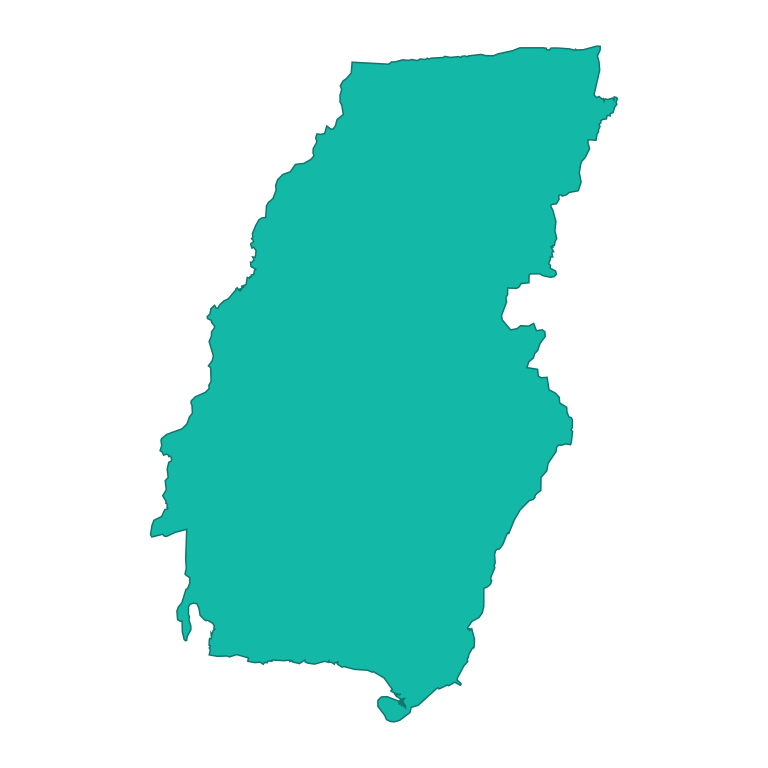 Pamekasan, Jawa Timur, Indonesia
{"feature_id": "22746128B37926964335633", "entity_name": "Pamekasan", "entity_type": "district", "adm_level": 2, "iso_a3": "IDN", "parent_name": "Indonesia", "parent_adm1": "Jawa Timur", "projection": "natural_earth1", "projection_center": [113.504, -7.071], "detail": "fine", "context": "isolated", "style": "filled", "palette": "teal", "viewbox_px": 768, "rotation_deg": 0, "n_neighbors": 0, "source": "geoboundaries", "source_scale": "gbopen_adm2", "svg_char_len": 6069}
<svg xmlns="http://www.w3.org/2000/svg" viewBox="0 0 768 768"><path d="M600.2,46.3L596.8,46.1L583.5,49.7L576.5,50.0L575.5,49.2L574.7,50.3L569.7,48.9L557.6,48.0L551.3,48.0L549.0,50.1L546.6,49.7L546.2,48.2L543.0,47.8L519.9,47.8L512.6,50.7L498.2,53.8L493.3,55.8L485.5,55.6L481.2,54.4L468.3,55.9L467.9,56.8L464.4,55.9L461.6,56.4L461.0,57.5L458.6,56.6L450.6,57.4L444.8,56.4L443.0,57.5L430.8,58.2L428.9,59.2L427.4,58.2L425.5,59.5L420.0,59.0L417.5,60.6L411.5,59.5L408.9,60.4L402.6,59.8L394.9,62.0L391.7,61.9L388.6,64.2L352.1,62.2L351.3,72.9L346.4,78.6L343.1,80.9L340.3,85.8L341.7,89.5L340.0,95.2L340.1,102.4L341.7,104.8L343.3,114.4L337.1,119.5L335.4,125.8L333.3,128.8L331.1,129.3L326.8,126.0L324.6,133.6L320.5,134.4L316.9,133.9L315.7,138.0L316.8,141.0L316.5,142.8L313.2,148.6L313.0,152.8L314.0,155.7L310.9,159.4L303.9,163.4L295.4,164.4L290.3,171.8L282.8,174.5L277.6,179.8L275.7,185.3L276.1,190.2L272.9,198.6L268.3,202.6L266.5,205.9L265.7,217.4L261.6,218.0L259.0,219.8L255.7,225.5L252.4,233.6L252.8,237.4L251.6,238.8L253.3,240.2L253.4,241.6L250.6,244.0L251.9,248.1L253.7,247.2L256.1,250.7L255.3,257.3L252.6,256.9L254.1,259.9L251.8,262.3L250.5,262.2L250.9,266.5L255.7,269.2L254.5,270.2L253.7,274.6L251.3,274.9L250.9,277.2L249.7,277.0L249.4,278.1L247.3,277.5L246.1,284.5L242.8,285.9L243.9,286.7L243.4,287.3L241.8,286.4L241.8,288.4L239.7,289.1L241.0,290.2L240.2,290.8L238.9,290.5L237.3,287.8L236.1,288.5L235.7,290.1L228.1,299.0L224.1,300.8L219.9,304.6L217.7,308.3L216.2,308.1L214.6,305.3L210.9,308.7L210.0,313.9L207.2,316.7L207.5,318.6L211.2,320.3L211.7,322.6L214.6,326.2L214.3,328.2L211.6,331.7L211.4,336.1L209.1,341.6L213.4,355.9L212.2,360.7L208.4,365.9L210.6,367.6L211.1,381.4L208.9,385.1L209.1,388.6L205.3,392.4L195.7,396.6L191.4,400.6L190.9,402.7L192.0,405.4L192.4,413.3L189.5,416.8L186.9,424.0L182.1,428.8L166.9,434.3L161.5,438.6L161.0,440.4L161.7,445.5L160.1,450.7L162.2,452.1L163.6,455.2L166.7,454.1L168.4,455.1L168.8,456.6L170.7,456.1L171.5,459.3L171.2,461.3L168.8,462.2L167.2,469.0L168.2,477.6L165.2,480.7L166.3,489.7L162.7,495.7L166.1,501.4L165.8,503.2L167.4,504.2L167.0,507.5L167.8,508.2L167.0,509.3L164.9,509.5L161.6,516.5L153.9,520.3L152.0,525.4L150.5,534.7L151.8,537.0L162.6,534.3L164.2,536.0L166.3,536.5L175.4,532.3L186.7,529.3L185.7,558.6L186.3,568.4L185.1,573.3L185.3,574.6L189.8,577.8L189.8,583.1L187.6,588.6L186.0,589.3L181.9,602.7L178.3,607.1L176.9,611.1L177.6,619.6L179.7,621.1L182.1,621.2L182.3,631.5L184.2,639.6L185.7,640.8L186.7,640.3L187.1,636.7L190.9,629.6L190.8,625.7L188.9,619.8L189.5,616.9L188.5,614.8L188.5,606.8L190.1,604.2L193.9,603.0L197.1,604.0L198.9,608.3L200.1,615.3L204.2,619.6L205.8,620.6L208.0,620.4L212.8,623.4L214.3,626.1L213.8,628.5L214.9,629.4L213.2,630.4L212.0,634.4L211.1,633.0L211.4,638.1L210.9,638.9L209.7,638.5L209.3,639.9L209.1,645.3L210.4,645.9L209.2,648.0L210.3,649.8L209.2,654.9L217.3,656.3L227.1,656.0L229.4,656.9L236.7,654.6L248.5,657.9L247.8,661.3L254.7,662.6L260.4,662.2L263.2,664.3L264.7,662.4L267.1,662.8L268.2,660.9L271.9,661.3L272.1,660.0L284.3,660.7L289.8,660.0L289.9,661.5L292.2,660.7L292.4,661.9L299.5,663.6L304.8,660.0L305.1,661.9L307.6,663.1L314.5,664.1L324.4,661.4L328.0,662.1L328.7,661.0L328.7,662.4L331.1,662.1L334.4,664.2L334.6,662.9L337.7,662.1L337.0,663.2L337.7,664.4L341.9,667.1L344.1,666.6L354.8,669.4L367.5,670.2L372.2,672.2L373.1,671.5L384.0,677.9L392.4,689.5L390.9,690.5L391.2,691.4L397.1,694.1L399.3,694.6L400.7,693.6L399.7,694.9L395.0,694.5L396.5,696.4L401.6,699.3L405.4,698.0L402.9,699.8L399.9,699.8L403.2,701.2L402.9,701.9L405.6,706.0L405.6,707.6L402.1,701.7L401.7,701.7L403.9,705.6L403.8,706.4L402.2,703.7L401.4,706.3L401.4,703.2L400.2,701.6L400.4,704.4L399.5,702.6L399.1,704.6L398.6,701.1L387.2,696.7L381.5,696.9L377.9,700.3L377.9,706.4L384.7,715.4L386.5,719.6L390.2,721.4L394.0,721.9L399.7,720.3L410.0,712.5L411.1,707.4L418.0,705.4L437.0,688.2L438.4,687.8L438.6,688.8L439.5,688.8L447.5,684.9L448.7,685.7L454.8,682.2L460.2,685.3L461.0,684.6L460.9,683.3L457.1,680.2L457.3,678.2L463.9,665.8L467.6,661.8L467.4,658.2L468.3,657.6L468.8,654.4L472.7,647.7L473.6,648.0L474.2,646.7L474.5,639.0L471.7,628.7L469.6,630.3L469.7,628.7L467.7,629.0L467.7,627.6L471.9,621.4L479.0,617.5L482.2,613.0L483.8,606.4L483.8,588.4L487.8,586.7L490.6,584.0L491.7,580.4L490.7,579.7L491.0,576.9L494.8,567.8L494.1,565.2L495.2,563.1L494.6,554.7L495.5,550.9L496.9,549.3L499.4,549.0L502.8,544.5L506.4,535.4L508.0,532.7L508.8,533.4L514.3,519.9L520.3,509.7L529.4,500.5L532.9,499.6L535.0,497.4L534.7,496.1L536.6,493.7L540.8,490.4L541.0,477.5L546.8,470.8L548.1,463.4L556.0,451.7L556.7,447.0L558.6,445.1L561.8,445.2L565.6,443.9L570.6,444.7L571.4,441.7L572.6,431.3L570.9,429.8L572.3,427.7L572.4,420.0L571.2,417.6L568.9,417.0L567.0,412.1L566.7,407.3L559.7,402.9L559.2,397.3L555.5,393.2L549.0,389.7L547.1,377.3L541.1,377.8L538.3,376.0L537.6,369.3L526.9,367.6L528.8,361.9L533.4,357.9L534.7,353.6L537.6,350.6L540.1,343.4L545.2,336.5L544.9,331.8L542.3,329.8L536.4,330.7L533.7,323.4L528.7,326.1L520.6,325.7L517.2,328.6L510.6,329.9L502.2,319.8L501.5,315.6L506.6,301.9L505.9,297.5L507.6,294.7L507.7,288.0L516.4,288.4L518.8,287.2L521.1,283.6L528.9,282.8L529.1,275.3L529.9,273.9L539.6,273.8L542.8,275.6L550.5,277.3L554.1,276.6L556.5,274.2L555.5,270.9L550.3,268.3L550.4,265.2L548.6,263.6L550.5,259.1L550.3,257.0L552.7,257.0L551.9,253.4L552.3,251.8L553.6,251.7L551.0,246.8L552.9,247.1L552.5,245.5L554.4,245.5L555.1,241.5L556.7,238.6L554.9,230.7L555.9,221.5L553.0,210.6L550.6,205.9L551.5,204.6L556.4,203.8L559.1,199.4L558.7,195.4L560.9,194.8L562.6,196.1L566.7,194.6L569.2,192.5L578.3,190.7L581.1,182.2L579.3,172.8L580.7,164.2L581.7,161.4L585.3,157.4L589.6,148.7L587.9,142.6L588.1,139.7L596.0,140.3L597.1,133.8L598.6,131.8L598.4,130.2L600.0,126.5L599.0,124.4L600.8,122.8L600.9,120.7L602.4,119.6L606.4,118.9L607.2,115.4L610.2,115.9L609.9,113.8L613.1,112.5L614.6,107.3L616.8,104.3L616.1,102.1L617.5,98.7L616.5,97.5L614.2,96.9L613.9,100.1L612.6,98.0L607.9,99.5L605.1,98.9L604.0,101.3L603.4,98.6L602.1,99.1L599.0,96.5L596.7,97.5L594.0,95.0L599.7,70.1L599.0,61.8L597.4,55.9L600.1,50.2L600.2,46.3Z" fill="#14b8a6" stroke="#0f766e" stroke-width="1.5"/></svg>